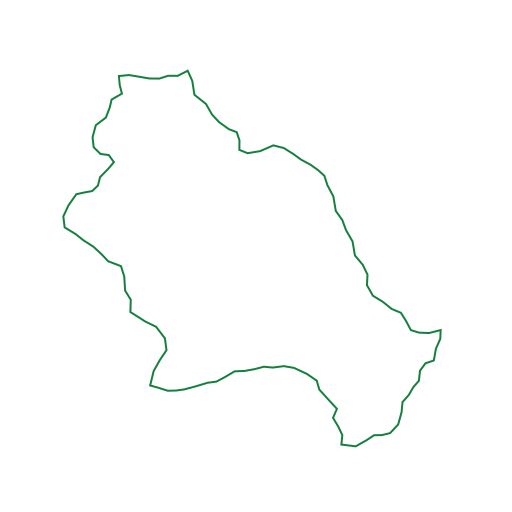 outline of Acaiaca, Minas Gerais, Brazil, rotated 11°
{"feature_id": "56859067B86255168283316", "entity_name": "Acaiaca", "entity_type": "district", "adm_level": 2, "iso_a3": "BRA", "parent_name": "Brazil", "parent_adm1": "Minas Gerais", "projection": "orthographic", "projection_center": [-43.099, -20.398], "detail": "fine", "context": "isolated", "style": "outline", "palette": "green", "viewbox_px": 512, "rotation_deg": 11, "n_neighbors": 0, "source": "geoboundaries", "source_scale": "gbopen_adm2", "svg_char_len": 1624}
<svg xmlns="http://www.w3.org/2000/svg" viewBox="0 0 512 512"><g transform="rotate(11 256 256)"><path d="M451.4,293.5L440.5,298.6L430.7,300.1L422.2,299.2L415.7,291.2L409.1,284.1L399.3,282.1L389.3,276.8L378.3,272.7L370.5,263.5L369.0,253.0L362.5,244.3L353.0,236.6L348.0,223.3L339.4,213.4L333.9,204.3L325.7,196.5L320.6,182.8L312.6,172.9L307.8,164.2L300.6,159.9L292.1,156.0L281.8,152.8L273.3,148.8L262.7,144.7L251.9,144.1L240.0,152.3L228.1,156.7L219.4,155.0L217.7,145.6L213.4,138.1L205.2,136.7L194.3,131.7L185.8,125.5L177.9,116.3L164.8,109.5L160.0,96.2L153.6,87.2L144.7,94.1L135.3,95.9L127.2,100.3L117.4,102.1L108.0,102.3L96.9,102.6L87.1,105.5L89.6,114.2L93.4,122.2L84.4,130.0L84.1,138.3L82.2,148.8L73.8,158.2L72.9,170.6L75.9,180.2L83.9,185.5L92.2,185.0L98.6,191.0L94.2,198.8L87.9,208.3L87.4,217.0L82.8,223.5L75.1,226.5L67.8,229.7L62.3,242.0L59.3,253.9L62.7,264.4L75.0,269.0L83.3,273.4L94.8,278.0L104.6,284.1L111.9,289.4L125.4,291.7L130.6,301.3L134.1,314.9L141.4,322.8L143.4,335.0L152.4,338.5L159.7,341.4L171.5,344.6L182.3,354.2L186.1,365.5L181.5,376.4L177.5,388.4L176.8,403.3L184.8,403.9L195.1,405.1L203.3,403.3L210.9,400.7L221.2,395.7L232.6,389.7L241.2,386.8L249.4,380.1L257.0,373.3L266.8,371.0L276.3,367.3L284.8,363.2L293.8,362.3L304.4,358.8L314.7,358.6L328.4,362.0L339.4,366.8L343.7,375.1L354.0,382.8L364.6,390.6L362.5,400.2L369.0,407.4L374.9,415.3L375.8,424.8L390.2,423.8L399.6,415.8L406.1,409.4L413.7,407.8L421.4,404.3L427.7,394.3L428.7,381.5L427.7,371.4L432.5,363.3L435.5,354.6L439.7,347.5L438.9,337.3L442.8,329.0L450.5,324.6L450.3,312.7L452.7,302.2L451.4,293.5Z" fill="none" stroke="#15803d" stroke-width="2"/></g></svg>